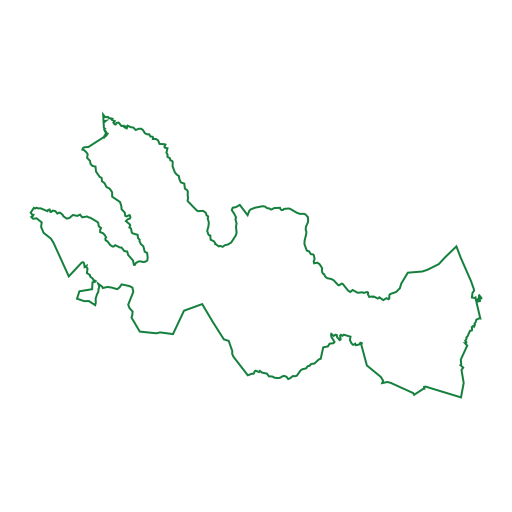 outline of Pilcaya, Guerrero, Mexico
{"feature_id": "50627088B59284126208067", "entity_name": "Pilcaya", "entity_type": "district", "adm_level": 2, "iso_a3": "MEX", "parent_name": "Mexico", "parent_adm1": "Guerrero", "projection": "robinson", "projection_center": [-99.629, 18.716], "detail": "fine", "context": "isolated", "style": "outline", "palette": "green", "viewbox_px": 512, "rotation_deg": 0, "n_neighbors": 0, "source": "geoboundaries", "source_scale": "gbopen_adm2", "svg_char_len": 6041}
<svg xmlns="http://www.w3.org/2000/svg" viewBox="0 0 512 512"><path d="M82.4,149.6L83.7,149.9L86.3,152.2L87.7,154.3L87.1,157.8L90.0,160.9L90.6,164.1L92.4,165.9L95.5,166.6L96.0,171.5L99.6,176.8L101.6,177.9L102.0,181.3L104.6,183.2L106.4,186.9L109.8,188.8L112.1,192.3L112.2,196.7L120.0,202.0L121.3,205.8L121.6,209.3L124.7,212.5L125.3,215.9L126.5,216.4L129.5,215.1L129.9,215.5L130.4,217.4L130.0,218.4L127.6,219.4L125.9,221.1L129.8,224.4L130.2,225.5L129.4,227.5L131.0,228.5L131.8,232.6L132.7,233.4L137.6,234.8L138.0,238.0L139.6,239.7L139.5,241.2L140.9,244.1L143.3,246.2L144.7,251.7L147.1,252.9L147.7,257.8L147.2,260.5L146.1,261.3L143.9,262.1L139.9,261.3L138.3,261.6L135.9,263.0L134.7,265.0L133.9,264.8L133.0,260.5L128.1,254.9L127.2,251.5L124.3,251.1L121.6,247.6L120.0,247.5L115.2,245.2L113.7,246.5L112.6,246.5L110.2,245.0L107.4,241.3L105.6,240.3L105.3,238.6L106.1,237.4L104.8,235.1L103.0,233.2L100.2,232.2L100.1,229.9L101.1,228.0L98.8,226.4L98.3,223.1L97.6,222.1L90.1,217.6L89.2,217.6L87.0,216.5L82.2,217.3L80.0,214.6L77.3,215.9L72.9,215.0L69.4,218.0L66.7,218.6L63.4,216.3L62.7,214.9L60.4,212.9L58.9,212.6L57.4,213.6L55.3,211.1L52.7,210.6L51.1,212.0L50.4,211.9L49.6,209.5L48.2,209.9L47.5,211.2L40.6,208.3L38.3,208.4L36.5,207.7L35.2,208.5L33.9,207.8L30.7,212.7L32.3,214.8L33.4,214.8L33.0,215.9L31.3,217.0L33.2,218.8L36.5,218.3L41.7,222.4L41.1,227.0L43.6,232.8L51.0,238.7L53.7,243.2L68.8,276.4L81.7,262.6L83.0,262.2L84.1,263.4L84.6,267.1L86.5,265.9L86.2,267.0L87.5,268.5L86.9,273.1L89.9,275.0L90.2,276.6L92.9,278.8L93.4,280.1L95.4,280.8L94.7,282.0L92.5,282.3L92.1,289.2L79.4,291.3L77.0,298.7L84.5,301.2L88.7,301.0L95.2,305.1L95.8,302.6L95.6,298.9L97.0,294.2L98.2,292.2L98.6,288.6L99.1,287.8L99.1,286.0L98.2,283.7L102.3,286.8L102.8,288.0L107.3,287.0L111.5,287.5L117.2,289.2L119.6,287.3L121.6,284.4L129.6,286.1L132.5,287.7L133.3,291.9L128.2,304.7L129.5,308.1L132.6,311.5L132.3,315.0L131.5,317.6L139.8,331.6L156.4,333.3L160.1,332.4L173.0,334.1L184.0,310.7L202.2,304.1L212.4,321.3L223.8,339.3L228.7,340.9L232.3,351.1L232.2,354.0L233.5,356.8L247.8,375.3L251.9,373.7L253.3,373.8L254.0,373.3L254.6,371.4L255.7,370.7L259.0,372.1L259.9,370.9L262.0,372.6L266.9,373.6L268.9,376.3L272.2,376.5L274.6,377.7L277.7,378.1L280.0,377.8L283.2,376.0L284.7,376.0L286.6,376.9L288.2,379.1L290.3,378.1L292.7,376.1L295.5,376.2L296.9,375.6L300.6,370.4L302.5,369.2L306.1,368.4L307.7,366.2L309.7,365.8L310.4,364.6L312.0,363.8L314.3,363.6L319.0,359.3L320.7,358.8L323.2,347.4L327.9,346.4L329.6,343.7L333.5,343.2L334.5,341.9L331.5,337.1L331.0,334.8L331.3,333.9L333.7,335.9L335.6,334.7L336.7,335.0L337.1,337.1L339.7,340.1L340.6,339.5L340.1,335.7L341.0,334.8L342.4,335.8L343.8,334.7L350.5,336.7L349.9,340.1L351.5,343.3L352.8,344.7L353.6,344.8L355.2,343.7L355.9,345.2L357.1,345.0L359.3,344.4L360.4,342.7L361.8,343.2L361.3,344.7L366.9,365.5L380.8,376.9L383.1,380.7L382.2,383.1L387.3,382.0L390.6,382.8L413.2,393.1L414.1,394.8L423.5,388.7L424.4,388.7L424.1,386.9L425.5,386.6L461.0,397.4L463.7,383.0L461.5,370.0L463.2,367.6L460.4,365.1L461.2,364.2L460.8,359.6L467.2,345.6L465.0,343.2L465.9,343.2L466.4,342.6L466.3,341.9L465.2,340.8L466.5,338.9L466.4,337.4L467.5,336.4L470.0,330.8L471.7,330.5L472.1,329.9L471.8,327.1L473.1,326.0L474.0,326.7L474.9,324.7L474.5,323.7L475.6,322.3L476.3,319.7L479.4,318.3L480.3,318.5L476.5,302.3L477.5,301.5L479.9,301.1L479.9,300.0L479.3,298.8L479.6,298.2L481.3,298.4L481.3,297.9L479.3,295.3L479.0,295.5L479.0,297.7L477.2,300.2L476.0,300.4L475.5,297.5L474.8,298.0L471.9,297.5L472.5,292.9L474.1,290.6L473.7,288.7L471.0,281.1L460.8,257.9L456.4,246.4L445.1,257.3L438.8,264.1L427.4,269.8L422.3,271.5L407.8,272.7L401.2,283.7L399.9,288.2L396.1,292.0L390.3,294.0L389.4,295.0L389.2,298.6L388.6,299.2L386.5,298.2L383.3,300.1L379.3,297.3L378.6,298.2L377.6,298.5L373.8,296.5L373.0,297.0L372.1,296.5L369.2,296.9L367.9,294.2L368.2,292.7L367.2,292.0L363.8,292.9L362.3,292.3L357.7,292.8L352.6,290.0L350.3,292.0L348.1,290.6L342.8,284.0L341.7,283.6L339.0,285.3L338.2,285.1L333.7,280.3L331.3,279.0L327.3,278.2L326.3,277.5L325.2,276.5L324.2,274.3L323.1,273.7L322.3,272.6L321.9,270.0L322.2,268.3L319.6,264.2L317.4,262.7L314.1,263.3L313.7,261.5L314.6,258.9L313.8,255.2L313.0,254.4L310.9,254.2L309.0,251.3L306.8,250.6L304.4,244.0L304.6,240.6L306.2,234.1L306.4,232.0L305.7,229.6L305.9,226.9L307.9,222.3L308.1,220.8L307.9,217.1L305.4,214.4L304.3,213.9L300.0,213.9L296.9,212.8L290.1,208.8L288.6,208.5L284.1,208.9L283.0,209.9L281.6,210.1L280.5,209.2L280.0,207.8L274.1,208.1L271.7,209.4L270.6,209.4L269.2,208.4L267.2,208.2L265.1,206.6L262.5,206.2L254.7,207.8L250.5,209.5L249.3,210.8L247.6,215.2L239.8,204.9L235.8,207.2L232.7,207.7L231.8,210.2L234.2,213.7L236.1,217.6L235.4,219.2L236.6,223.5L236.0,226.7L236.6,232.8L235.7,235.6L231.2,242.5L228.2,244.4L224.7,245.3L222.7,246.8L220.1,245.9L218.7,246.4L216.3,244.5L215.2,244.2L215.2,243.1L213.8,241.2L210.6,239.7L210.3,235.5L209.0,235.2L208.3,234.2L207.2,230.9L208.5,226.2L208.8,222.2L207.7,218.6L208.2,217.0L207.7,215.9L206.6,215.4L205.8,212.8L203.0,210.8L198.4,211.2L196.7,210.4L187.6,201.0L188.1,197.3L187.7,196.0L187.8,191.3L187.2,190.2L184.9,188.6L184.3,183.6L180.9,182.4L179.4,179.2L178.9,176.1L176.5,174.4L174.8,172.2L172.6,166.4L172.7,161.9L172.1,160.9L170.4,160.3L169.9,158.2L167.5,156.9L167.5,154.4L166.4,152.7L167.5,148.3L164.9,147.7L164.4,146.8L165.5,144.7L165.1,144.3L159.5,143.9L158.1,140.4L155.9,139.0L152.9,139.0L153.1,137.7L152.7,136.8L150.4,136.5L149.2,134.3L147.2,134.3L144.9,133.2L143.0,130.1L141.3,128.8L138.9,128.7L135.7,130.0L133.3,127.5L130.8,127.2L127.7,125.7L126.7,128.4L126.2,128.1L126.4,126.5L125.7,126.4L124.8,127.4L123.8,126.6L123.8,125.8L121.4,126.0L118.7,122.6L116.5,122.9L115.7,124.5L114.6,124.3L113.4,122.6L114.7,121.1L112.0,119.9L111.6,119.5L112.2,118.7L108.5,117.9L108.0,117.0L105.1,117.1L103.2,114.6L103.5,121.2L105.9,120.8L103.9,122.4L103.6,122.2L103.9,127.8L105.0,128.7L104.2,129.7L105.5,132.2L105.9,131.7L106.9,133.6L107.5,133.7L106.5,135.3L105.6,134.1L104.4,136.0L104.9,136.6L104.0,137.7L103.5,137.3L88.4,147.0L84.9,147.2L83.1,147.9L82.4,149.6Z" fill="none" stroke="#15803d" stroke-width="2"/></svg>